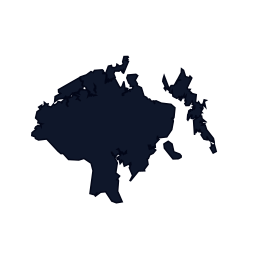 Mkoani, Kusini-Pemba, United Republic of Tanzania (orthographic projection), rotated 203°
{"feature_id": "72390352B13842693360807", "entity_name": "Mkoani", "entity_type": "district", "adm_level": 2, "iso_a3": "TZA", "parent_name": "United Republic of Tanzania", "parent_adm1": "Kusini-Pemba", "projection": "orthographic", "projection_center": [39.684, -5.384], "detail": "fine", "context": "isolated", "style": "filled", "palette": "ink", "viewbox_px": 256, "rotation_deg": 203, "n_neighbors": 0, "source": "geoboundaries", "source_scale": "gbopen_adm2", "svg_char_len": 5930}
<svg xmlns="http://www.w3.org/2000/svg" viewBox="0 0 256 256"><g transform="rotate(203 128 128)"><path d="M143.5,75.0L137.4,52.8L133.6,53.3L131.9,53.9L131.8,54.5L131.4,54.7L131.6,55.0L131.5,55.7L131.4,55.8L131.3,54.7L132.2,53.1L131.4,52.6L128.1,58.2L123.7,60.6L114.4,54.4L109.5,54.6L104.5,57.8L112.8,65.7L116.2,75.8L117.2,76.7L117.4,76.1L118.1,76.0L116.9,80.5L121.7,81.9L124.2,91.7L128.5,95.2L129.2,97.0L131.4,96.9L131.8,98.2L132.9,98.1L134.1,99.8L131.6,98.4L131.0,97.3L129.4,97.5L128.3,96.0L127.4,100.0L125.1,100.6L127.4,103.5L127.8,104.7L128.3,104.8L129.0,104.1L129.6,104.1L128.7,105.3L127.5,104.6L125.7,102.4L124.3,103.7L121.8,102.1L121.7,103.5L121.0,104.1L119.9,104.3L121.0,105.3L120.5,106.2L119.7,104.2L121.7,101.9L125.0,103.0L124.2,99.9L126.6,96.0L124.8,94.5L125.7,96.4L124.3,96.1L121.3,92.1L120.5,94.7L122.4,95.8L120.0,95.7L116.5,91.4L113.3,95.0L111.4,94.1L112.6,96.4L112.0,97.1L111.0,95.5L111.3,92.0L105.2,86.0L105.6,80.5L105.0,80.5L101.5,92.5L95.9,95.1L96.8,96.4L95.3,102.3L98.2,107.0L97.3,107.9L97.5,111.7L95.0,114.5L93.8,118.5L97.9,119.5L98.1,118.1L99.6,117.0L100.1,116.9L102.3,119.7L102.0,120.4L101.8,120.4L101.0,119.7L101.1,120.6L100.1,121.4L101.0,119.6L102.1,119.7L100.0,117.0L98.6,118.9L99.7,119.4L97.4,120.0L97.7,121.2L96.9,120.0L95.3,120.9L97.0,124.1L95.0,129.5L97.0,129.4L97.8,132.6L96.2,129.5L95.7,131.1L88.8,135.0L87.1,143.6L89.0,152.2L90.8,154.2L91.4,153.5L91.5,153.5L91.2,154.7L90.1,153.8L89.8,155.6L92.7,165.0L97.7,166.6L107.0,163.9L112.8,164.0L114.8,162.4L113.7,162.3L112.7,160.6L114.8,162.0L115.1,162.9L116.8,161.7L119.4,163.1L121.4,162.1L122.6,163.4L125.8,163.6L131.4,170.3L136.3,170.6L136.6,172.3L140.1,174.8L139.5,180.0L141.7,180.5L148.9,176.7L148.7,173.6L144.9,169.7L142.8,169.0L142.2,167.1L139.3,168.3L139.3,165.3L141.5,164.1L140.7,162.8L142.9,162.9L142.6,161.3L146.3,157.4L145.8,156.1L145.0,156.5L144.8,156.5L144.8,156.0L144.9,156.4L145.3,156.0L145.8,155.9L146.2,156.2L146.5,157.5L143.7,160.7L143.7,164.2L145.2,164.0L145.3,161.7L150.0,169.3L149.7,163.5L151.2,161.9L159.7,168.7L161.8,166.3L161.6,164.9L164.1,164.2L163.8,163.4L164.3,162.7L165.5,163.7L165.4,162.8L166.2,162.4L165.8,161.7L166.1,161.6L166.0,160.9L166.7,159.8L166.4,162.7L167.1,162.3L168.7,168.7L171.4,169.8L171.1,168.7L172.5,168.2L173.1,171.1L174.4,171.5L181.4,167.9L181.7,165.4L184.1,165.5L187.0,160.7L191.9,156.3L189.5,153.0L187.5,153.6L186.8,149.6L182.2,149.0L181.9,147.9L177.2,146.3L175.8,143.0L174.5,145.1L173.4,145.1L172.3,144.3L171.8,145.3L171.5,145.6L171.0,145.8L170.2,145.7L172.4,144.2L174.5,144.8L174.2,143.2L176.0,142.7L177.0,143.6L176.5,142.8L177.2,141.2L177.7,144.7L180.5,146.9L186.7,144.8L187.3,141.1L186.1,140.2L189.9,139.8L191.0,138.3L185.5,137.6L186.6,134.6L185.4,135.7L182.1,134.3L185.3,135.1L186.6,134.4L186.1,137.2L187.0,137.6L191.6,137.1L191.6,134.9L195.2,131.5L193.2,129.2L193.9,126.6L191.4,124.1L193.7,125.2L194.5,127.2L193.9,128.9L196.7,131.5L199.3,126.2L198.7,125.5L199.5,124.6L199.2,125.7L202.7,125.1L202.9,122.9L204.7,120.2L205.9,121.0L206.9,117.3L210.5,116.8L211.0,119.0L212.3,118.1L215.0,118.9L213.8,116.3L215.5,113.4L216.4,115.3L218.4,112.3L215.8,111.0L218.1,107.5L217.0,101.1L213.4,99.8L213.0,97.5L208.5,98.3L210.2,96.6L210.0,96.2L209.4,96.4L208.7,96.1L208.5,95.5L209.5,96.4L210.6,94.9L211.8,95.3L213.4,92.9L213.5,91.4L211.9,91.4L214.5,86.2L213.6,83.4L210.0,83.6L209.1,82.2L205.7,82.0L198.5,86.1L183.5,79.4L179.7,78.2L177.7,79.2L170.4,75.8L160.8,79.3L156.6,82.8L148.2,81.2L143.5,75.0ZM174.2,151.1L170.6,147.5L174.2,149.6L174.2,152.5L175.8,154.7L174.2,154.0L173.1,151.6L174.2,151.1ZM53.8,147.4L50.4,148.0L50.2,148.4L51.7,150.0L51.7,150.7L48.3,148.3L43.0,148.4L43.6,149.5L45.5,148.8L44.4,150.5L45.3,151.8L55.0,157.2L58.2,160.9L60.7,159.6L59.2,162.2L62.3,160.7L61.4,161.7L62.3,162.3L63.8,161.4L64.0,162.7L59.5,164.3L63.5,165.5L64.9,167.8L67.1,166.8L66.1,168.0L66.8,170.7L65.8,171.1L67.3,171.8L66.7,174.6L68.2,174.5L68.8,174.8L66.8,175.5L68.1,177.9L67.5,178.7L64.8,177.5L68.2,182.2L66.8,184.0L68.9,183.7L68.3,179.4L70.2,177.6L73.4,179.7L73.6,178.2L76.0,178.2L78.2,185.4L83.6,184.6L83.5,185.4L86.0,185.9L85.8,187.9L88.4,187.0L89.3,188.2L88.8,199.0L91.2,200.0L91.2,198.3L95.1,197.8L99.4,202.8L101.9,203.4L100.6,199.7L101.3,191.7L97.9,193.1L101.5,190.2L100.5,187.2L101.6,189.6L102.1,185.2L104.9,183.9L105.5,181.3L103.7,177.0L101.9,176.9L101.9,179.5L99.0,174.8L94.7,174.4L93.3,175.8L93.8,177.6L92.7,176.2L90.6,178.6L92.3,174.5L90.1,173.9L89.3,180.5L88.2,177.9L87.3,180.5L86.1,174.6L85.7,176.1L84.6,174.8L85.3,172.7L83.4,171.3L80.6,172.6L79.5,177.9L77.6,176.0L78.2,175.0L75.2,174.3L76.9,172.5L74.3,172.6L74.4,171.1L75.9,171.1L75.7,169.7L77.6,169.5L78.7,167.7L78.4,166.1L77.7,168.0L76.6,168.1L77.8,167.4L78.2,163.6L76.7,159.0L75.9,158.6L75.0,164.6L74.0,164.8L73.6,161.6L71.9,161.9L70.3,163.9L70.5,166.4L69.5,164.2L67.8,165.0L70.6,160.6L64.1,147.7L64.9,154.0L63.4,151.3L62.8,153.2L61.2,152.3L61.3,155.4L60.1,152.9L57.6,152.5L58.1,150.3L53.8,147.4ZM205.8,123.5L203.4,127.5L198.7,130.2L197.7,132.8L197.0,132.1L193.9,134.2L192.7,138.5L188.1,141.5L187.6,144.9L185.0,146.3L185.4,148.7L187.3,149.6L187.7,153.4L189.4,152.5L192.6,155.0L207.0,136.1L205.9,133.9L203.5,133.5L207.4,128.5L205.8,123.5ZM166.6,164.0L165.0,164.2L165.3,165.5L164.1,165.0L159.6,169.6L162.4,172.3L162.4,175.3L158.4,176.9L157.3,178.9L155.3,177.4L155.1,179.3L153.5,176.2L153.6,189.5L156.3,189.4L154.8,190.9L156.2,191.8L155.3,193.2L156.1,193.8L159.6,192.2L158.8,186.8L157.2,185.1L158.3,183.1L160.0,181.7L163.1,182.4L162.6,180.0L163.9,178.3L166.5,177.5L167.7,179.1L170.2,177.3L169.9,169.9L168.1,168.5L166.6,164.0ZM74.5,117.1L69.6,119.4L67.7,121.7L68.1,123.1L70.2,124.2L76.5,124.0L81.2,130.5L85.8,131.5L88.7,127.3L86.6,123.6L74.5,117.1ZM108.1,177.5L108.3,179.5L106.1,178.9L107.2,182.0L115.2,190.3L114.8,186.6L113.4,186.5L114.5,186.0L114.3,184.6L108.8,179.8L108.4,178.6L110.2,179.4L110.3,178.8L108.1,177.5ZM44.7,142.0L39.8,138.2L37.6,140.9L42.2,146.7L42.8,144.9L45.2,146.0L43.8,143.5L44.7,142.0Z" fill="#0f172a" stroke="#020617" stroke-width="1.5"/></g></svg>